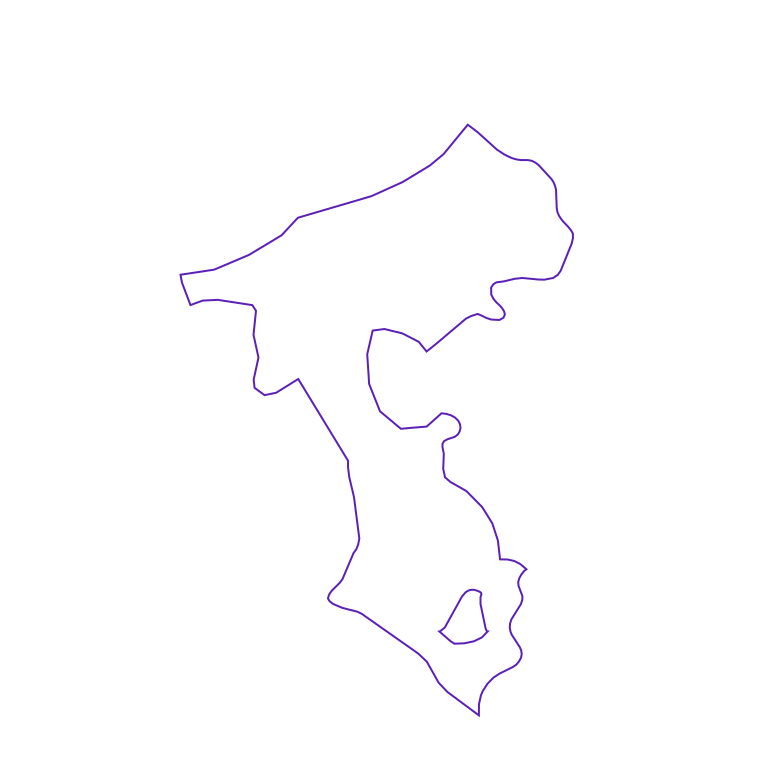 the border of Rimini, rotated 292°
{"feature_id": "ITA-5366", "entity_name": "Rimini", "entity_type": "Province", "adm_level": 1, "iso_a3": "ITA", "parent_name": "Italy", "parent_adm1": "", "projection": "equal_earth", "projection_center": [12.401, 43.955], "detail": "fine", "context": "isolated", "style": "outline", "palette": "violet", "viewbox_px": 768, "rotation_deg": 292, "n_neighbors": 0, "source": "natural_earth", "source_scale": "10m", "svg_char_len": 2519}
<svg xmlns="http://www.w3.org/2000/svg" viewBox="0 0 768 768"><g transform="rotate(292 384 384)"><path d="M436.4,372.5L435.1,363.7L429.3,353.5L405.3,357.3L383.5,367.8L378.6,370.1L374.6,373.9L370.0,378.3L357.2,390.5L348.8,416.4L352.5,423.6L360.5,439.5L378.4,448.3L379.6,452.9L380.1,457.7L379.5,462.4L377.7,466.7L375.1,469.6L371.9,471.4L368.5,471.9L365.0,471.4L361.6,469.5L356.6,463.6L353.7,461.2L350.6,460.6L347.5,461.8L341.7,465.6L327.5,470.7L320.3,475.6L318.0,482.4L315.6,500.5L306.6,521.2L295.4,536.6L281.6,548.2L264.9,557.3L267.6,564.4L268.7,571.0L268.1,577.8L265.6,585.4L263.1,584.0L259.2,582.8L254.9,582.2L250.8,582.6L247.3,584.3L239.2,591.8L235.6,593.1L231.3,593.4L213.6,590.3L209.2,590.6L205.4,591.8L202.1,593.8L199.5,596.2L191.0,608.3L188.5,610.9L185.4,612.8L181.6,613.6L177.3,613.1L173.3,611.8L169.9,609.5L159.1,599.9L153.0,595.6L145.1,592.3L136.4,590.6L131.6,590.5L122.7,592.0L112.3,596.1L122.2,558.2L127.5,546.6L142.6,527.7L147.0,516.3L162.6,449.3L162.9,444.7L160.8,429.2L161.0,419.1L162.2,414.9L164.2,412.4L167.3,412.0L169.5,412.2L173.0,413.1L183.5,417.6L187.7,418.6L215.9,419.1L220.2,420.2L225.5,420.2L231.5,419.0L267.8,398.6L284.9,386.5L293.8,381.6L299.3,379.5L356.5,302.6L335.5,287.3L328.9,277.4L332.0,265.4L339.3,261.5L361.5,257.7L380.7,244.6L403.9,237.9L407.8,232.4L399.8,198.5L393.4,184.6L384.7,175.0L402.3,158.7L409.1,154.4L426.4,183.7L453.2,210.5L483.5,233.3L505.9,241.9L553.5,302.0L578.2,325.6L603.8,344.7L619.4,353.1L655.7,364.5L655.5,365.7L652.5,376.6L643.6,401.0L641.9,409.5L641.5,414.3L641.4,418.6L641.9,422.9L642.8,426.7L645.6,433.8L646.3,437.5L646.0,441.4L644.9,445.4L636.7,462.6L634.5,465.7L631.9,468.2L628.8,470.6L611.5,478.4L608.4,480.4L605.7,483.1L603.5,486.2L601.7,489.4L598.4,496.6L596.5,499.9L594.3,502.7L590.2,504.5L584.7,505.4L555.2,505.4L550.2,504.2L545.6,501.0L540.8,493.6L538.8,488.3L534.1,472.5L530.5,465.8L524.0,456.6L520.4,450.2L517.4,448.0L513.6,447.2L507.0,450.0L503.9,453.7L501.7,457.8L500.3,461.6L498.6,465.0L496.4,468.1L493.6,470.1L490.1,469.9L486.6,467.0L483.9,459.2L483.6,453.7L484.0,448.7L484.0,444.5L479.5,439.2L475.3,435.5L441.3,417.6L430.1,411.3L436.1,400.5L437.1,389.8L437.8,381.8L436.4,372.5ZM193.4,572.8L193.2,572.2L195.1,570.0L216.2,555.9L222.6,553.3L225.3,553.1L226.1,552.8L226.8,552.1L227.2,550.6L227.3,548.7L227.0,545.0L226.5,543.5L225.9,542.0L225.0,540.7L224.0,539.6L221.7,537.8L216.2,535.9L180.9,531.6L175.8,528.7L175.3,528.0L170.5,541.9L169.6,546.6L173.7,555.7L179.1,563.7L185.7,569.7L193.4,572.8Z" fill="none" stroke="#5b21b6" stroke-width="2"/></g></svg>